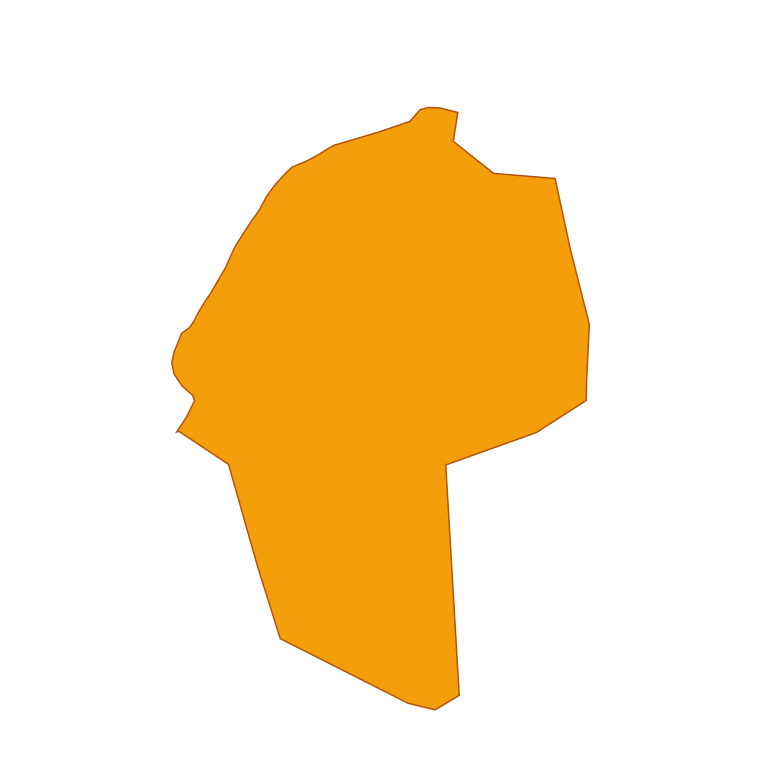 the district of Bois Catchet, Castries, Saint Lucia, rotated 206°
{"feature_id": "8701671B73326281141145", "entity_name": "Bois Catchet", "entity_type": "district", "adm_level": 2, "iso_a3": "LCA", "parent_name": "Saint Lucia", "parent_adm1": "Castries", "projection": "natural_earth1", "projection_center": [-60.993, 14.004], "detail": "fine", "context": "isolated", "style": "filled", "palette": "amber", "viewbox_px": 768, "rotation_deg": 206, "n_neighbors": 0, "source": "geoboundaries", "source_scale": "gbopen_adm2", "svg_char_len": 903}
<svg xmlns="http://www.w3.org/2000/svg" viewBox="0 0 768 768"><g transform="rotate(206 384 384)"><path d="M195.6,458.9L204.5,478.4L225.5,527.5L275.2,586.3L320.3,643.7L377.8,621.3L428.1,632.5L436.7,660.4L455.2,656.5L465.5,651.9L471.8,646.4L475.8,631.5L498.0,609.3L533.4,576.8L537.2,571.5L541.8,564.0L546.9,556.4L548.0,554.9L551.6,550.1L556.7,544.4L561.7,538.5L563.9,533.1L566.7,524.3L568.6,517.6L570.2,510.1L571.7,501.7L572.2,491.2L572.4,485.3L574.5,472.5L576.7,455.5L578.1,441.3L577.8,429.3L577.4,419.7L578.5,405.8L579.5,390.0L581.0,379.9L582.2,367.5L582.4,357.2L583.4,350.1L584.6,347.1L585.8,345.4L588.1,340.8L586.6,320.4L584.2,310.3L577.1,301.0L564.4,293.6L551.0,289.9L547.0,286.2L547.0,267.7L549.3,250.0L547.4,251.5L488.5,243.6L416.0,162.8L365.5,109.6L222.3,107.6L195.3,113.5L179.9,137.1L293.0,338.3L225.7,407.3L195.1,457.8L195.6,458.9Z" fill="#f59e0b" stroke="#b45309" stroke-width="1.5"/></g></svg>